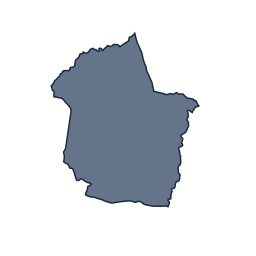 Santa Elena, La Paz, Honduras, rotated 150°
{"feature_id": "27666195B24762769200166", "entity_name": "Santa Elena", "entity_type": "district", "adm_level": 2, "iso_a3": "HND", "parent_name": "Honduras", "parent_adm1": "La Paz", "projection": "albers", "projection_center": [-88.165, 14.069], "detail": "fine", "context": "isolated", "style": "filled", "palette": "slate", "viewbox_px": 256, "rotation_deg": 150, "n_neighbors": 0, "source": "geoboundaries", "source_scale": "gbopen_adm2", "svg_char_len": 5768}
<svg xmlns="http://www.w3.org/2000/svg" viewBox="0 0 256 256"><g transform="rotate(150 128 128)"><path d="M74.8,206.7L77.0,205.9L79.4,205.4L79.7,205.4L80.2,205.6L80.4,205.8L80.7,205.9L81.1,205.9L81.5,205.8L81.9,205.6L83.5,203.5L83.6,203.1L83.9,202.9L85.0,203.1L86.8,202.9L88.3,203.0L90.1,202.8L91.4,202.8L94.0,202.4L94.3,202.4L94.5,202.5L94.5,203.3L95.2,205.3L95.9,205.7L96.7,206.1L97.3,206.7L98.0,207.2L98.7,207.4L99.3,207.5L99.9,207.3L100.7,207.1L101.3,207.1L101.7,207.2L102.3,207.5L103.8,208.8L104.0,209.0L104.2,209.4L104.4,209.5L104.9,209.4L106.7,208.8L108.7,208.6L110.7,207.7L111.1,207.6L111.4,207.7L111.6,207.8L111.6,208.2L111.6,208.8L111.3,209.4L111.3,209.7L111.5,210.3L111.8,210.7L112.2,211.0L112.7,211.2L113.1,211.3L113.3,211.3L113.5,211.1L113.7,210.9L113.9,209.8L114.2,209.3L114.4,209.1L114.6,209.0L114.9,209.0L115.1,209.1L115.5,209.5L115.9,210.1L116.2,210.6L116.4,211.5L116.7,211.9L116.9,212.2L117.5,212.5L117.9,212.9L118.1,213.3L118.3,214.2L118.4,214.4L118.5,214.5L119.0,214.6L119.9,214.7L121.0,214.9L121.3,215.0L121.9,214.7L124.0,213.6L124.8,213.5L125.7,213.5L126.8,213.8L127.4,214.0L127.7,214.3L128.0,214.6L128.5,216.0L128.8,216.2L129.0,216.1L129.3,215.8L129.6,215.6L130.1,215.3L130.5,215.2L130.7,215.3L131.2,215.7L131.9,215.9L132.4,215.9L132.9,215.9L133.4,215.5L134.3,214.4L134.7,214.1L137.1,213.4L138.4,213.2L139.3,212.9L140.0,212.5L140.4,212.1L140.7,211.3L141.0,210.9L141.9,210.3L142.2,209.6L142.6,208.8L142.8,208.5L143.0,208.4L143.4,208.4L144.1,208.4L145.0,208.2L145.6,208.4L146.2,208.7L146.6,208.9L147.2,209.1L147.7,209.1L148.1,209.0L148.4,208.8L149.7,207.5L150.1,207.3L150.4,207.3L151.1,207.5L152.4,208.4L154.7,209.7L154.9,209.7L156.0,209.2L156.2,209.3L156.3,209.5L156.5,209.5L156.9,209.3L157.4,208.8L157.9,208.5L158.4,208.5L159.1,208.6L159.8,208.4L160.2,208.2L160.8,207.5L161.9,206.9L162.4,206.8L163.1,206.9L163.5,206.8L163.9,206.6L164.9,206.1L165.5,205.8L166.1,205.8L167.1,205.8L167.7,205.7L168.2,205.5L169.3,204.5L169.7,204.2L170.4,203.9L173.6,202.7L173.8,200.8L174.3,199.7L174.6,198.5L174.5,198.1L174.2,197.8L174.0,197.3L173.9,196.8L173.9,196.2L174.4,195.4L176.3,192.7L176.4,192.3L176.5,192.0L176.3,191.8L176.0,191.5L174.9,190.9L174.2,190.3L173.2,189.2L171.4,187.7L170.5,186.7L170.3,186.4L170.0,185.5L169.5,183.4L169.1,180.7L168.5,178.5L167.9,175.0L167.9,173.8L168.0,173.2L168.2,172.5L168.7,171.5L169.3,170.5L191.9,141.9L192.7,141.3L193.3,140.8L193.8,140.5L194.6,140.1L195.8,139.4L196.4,137.9L197.0,135.9L197.3,135.4L198.5,133.5L199.7,131.9L200.2,131.4L200.4,131.1L200.5,130.5L200.4,130.1L198.8,127.6L198.5,126.8L198.1,125.5L198.1,125.0L198.2,124.5L198.2,124.0L198.4,122.7L198.4,122.3L198.0,122.0L196.6,121.1L196.4,120.5L196.3,119.7L196.3,119.4L197.0,115.6L197.7,113.3L197.8,112.7L198.0,111.7L198.3,110.8L198.5,109.9L198.5,109.1L198.4,108.3L198.2,108.0L197.9,107.7L197.5,107.5L197.1,107.3L196.2,107.2L195.1,107.4L194.4,107.4L193.9,107.4L193.6,107.1L193.1,106.3L191.9,103.6L191.6,103.0L191.2,102.3L190.4,101.3L190.1,100.7L188.9,99.7L188.7,99.4L188.3,98.7L188.0,97.9L188.0,97.7L188.6,97.4L189.6,97.3L191.6,97.5L192.0,97.4L192.4,97.1L192.9,96.5L194.0,95.0L197.5,92.4L197.8,92.0L198.0,91.6L198.0,91.1L197.8,90.6L197.3,89.9L196.9,89.3L196.3,88.8L195.8,88.0L195.0,87.2L194.1,86.5L192.0,85.1L191.4,84.5L190.3,83.1L187.7,80.2L185.6,78.0L184.8,76.7L183.7,75.3L180.6,72.1L179.7,71.3L179.4,71.0L178.7,70.7L175.7,69.6L173.8,68.8L172.3,68.3L167.9,66.4L164.2,64.7L162.7,63.9L161.9,63.3L161.3,62.8L159.7,60.7L159.1,60.2L158.8,60.0L158.1,59.7L156.2,59.5L155.1,59.0L154.3,58.2L153.6,57.2L153.2,56.5L152.4,54.2L151.3,52.8L150.6,52.2L149.0,50.9L146.6,48.8L145.8,48.1L139.7,44.4L138.8,43.8L135.1,42.1L133.6,41.0L133.1,40.4L132.7,39.8L129.5,42.5L129.2,42.9L129.1,43.1L129.1,43.4L129.6,45.3L129.6,45.5L129.4,45.7L129.0,46.0L128.6,46.1L128.3,46.0L127.5,45.6L126.7,45.3L126.4,45.3L126.2,45.4L125.7,46.2L124.6,48.1L124.0,48.9L123.6,49.4L122.4,50.3L121.4,51.4L121.3,51.7L121.4,52.2L121.3,52.5L121.1,53.0L120.9,53.3L120.7,53.4L120.2,53.4L118.2,52.9L117.8,52.8L117.6,52.9L117.0,53.3L114.6,56.2L114.1,56.7L113.6,57.1L113.4,57.2L112.8,57.2L112.3,57.1L111.5,56.8L110.6,56.8L110.2,56.9L109.8,57.2L108.9,58.0L108.1,59.3L106.2,61.5L106.3,61.9L106.6,63.4L106.6,63.9L106.5,64.4L106.0,65.5L105.0,67.4L104.3,69.0L104.0,69.3L103.4,69.5L102.6,69.8L101.7,70.0L101.2,70.2L100.8,70.5L100.4,70.7L99.8,71.6L98.8,73.2L97.5,76.0L96.6,77.1L96.5,77.6L96.5,78.4L96.3,79.5L96.2,79.7L95.8,80.1L95.6,80.3L94.7,83.8L94.2,85.0L93.7,85.4L93.2,85.7L92.9,85.7L91.9,85.4L91.2,85.3L90.0,85.4L89.6,85.6L89.3,85.8L89.1,86.2L89.0,86.7L89.0,87.1L89.2,87.8L89.1,88.2L89.0,88.5L88.3,89.0L86.9,90.3L86.1,90.9L86.0,91.2L85.9,91.7L85.9,92.2L86.1,92.9L86.4,93.9L86.5,94.4L86.5,94.7L86.4,94.9L86.0,95.1L83.8,95.3L81.5,95.4L80.7,95.5L79.8,95.8L78.8,96.3L77.8,97.1L75.2,99.0L74.4,99.7L74.2,100.0L73.8,100.9L73.1,102.3L72.9,102.9L72.8,103.8L73.0,104.5L73.0,104.8L73.0,105.6L72.8,105.8L70.3,107.6L70.1,107.9L69.5,108.9L69.0,110.0L68.6,111.0L68.2,112.6L68.1,112.9L67.8,113.2L67.6,113.3L67.2,113.3L66.8,113.1L66.4,112.8L65.8,111.8L65.1,110.1L64.7,109.5L64.6,109.3L63.3,110.5L62.5,110.8L61.6,111.0L60.1,112.0L59.7,112.2L58.9,112.2L55.8,111.6L55.7,111.6L55.5,111.8L55.9,112.7L55.9,113.5L55.9,114.2L55.7,115.0L55.6,116.9L55.6,117.7L57.0,118.6L56.8,119.0L56.8,119.3L56.9,120.0L57.0,120.3L57.8,120.9L58.8,121.8L60.8,123.6L61.6,124.3L61.8,124.5L62.9,127.6L63.2,129.2L63.6,130.1L65.3,130.9L65.8,131.4L66.6,131.8L67.2,132.1L67.4,132.4L68.0,134.0L68.1,134.3L68.3,134.4L68.8,134.5L69.5,134.4L70.4,134.4L71.4,134.5L71.9,134.7L72.5,135.0L73.3,136.0L74.3,136.7L74.7,136.8L75.3,136.8L75.7,136.9L76.3,137.1L77.4,137.6L78.1,137.7L78.5,137.9L79.1,138.6L79.3,139.3L87.3,146.8L84.5,155.5L83.7,162.9L83.2,168.5L81.8,171.9L81.3,176.4L80.4,180.1L78.4,186.7L77.2,198.2L74.8,206.7Z" fill="#64748b" stroke="#1e293b" stroke-width="1.5"/></g></svg>